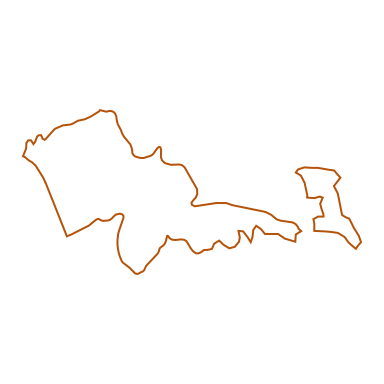 an SVG outline of Mafeteng
{"feature_id": "LSO-3453", "entity_name": "Mafeteng", "entity_type": "District", "adm_level": 1, "iso_a3": "LSO", "parent_name": "Lesotho", "parent_adm1": "", "projection": "natural_earth1", "projection_center": [27.626, -29.78], "detail": "fine", "context": "isolated", "style": "outline", "palette": "amber", "viewbox_px": 384, "rotation_deg": 0, "n_neighbors": 0, "source": "natural_earth", "source_scale": "10m", "svg_char_len": 2730}
<svg xmlns="http://www.w3.org/2000/svg" viewBox="0 0 384 384"><path d="M44.7,139.8L45.8,138.9L54.2,129.5L55.6,128.5L62.9,125.4L70.5,124.5L73.1,123.5L77.7,120.8L85.0,119.2L90.5,116.7L98.9,111.5L100.1,110.1L100.7,110.3L106.2,111.7L109.1,111.0L110.4,111.0L112.2,111.3L113.7,112.1L115.1,113.5L116.2,116.1L117.0,121.5L117.8,124.2L121.0,130.2L122.0,133.2L123.9,136.6L130.4,144.5L131.7,148.0L132.3,150.9L132.3,153.1L133.5,155.1L135.3,156.5L139.2,157.7L141.2,158.0L143.7,158.0L150.6,155.8L152.0,155.0L153.2,153.9L157.6,147.9L159.1,146.9L160.4,147.3L161.1,149.8L160.9,157.0L162.0,160.3L164.9,163.1L171.0,164.8L179.2,164.5L181.9,165.1L184.6,167.3L197.1,189.2L197.3,193.6L196.0,197.3L193.5,200.0L191.5,202.6L191.9,204.8L194.8,206.3L216.4,203.0L226.6,203.1L232.1,205.1L265.4,211.9L271.2,214.8L276.8,219.4L280.9,220.7L292.6,222.4L295.8,224.2L297.8,226.7L298.6,228.8L301.2,231.1L295.8,234.5L295.3,241.7L291.6,240.6L284.8,238.6L278.1,234.0L271.8,234.0L265.0,234.0L260.8,228.9L256.2,225.8L253.3,229.9L252.4,237.5L250.7,242.2L247.8,237.5L243.2,231.4L238.5,230.9L239.8,237.5L239.0,241.7L234.8,246.8L229.3,248.3L223.4,244.7L219.2,240.6L214.1,243.7L212.0,248.8L208.3,249.8L203.9,250.0L201.4,252.0L198.5,253.3L196.0,253.3L193.4,251.5L191.7,249.6L190.2,247.4L186.5,241.2L184.2,239.8L180.9,239.4L175.4,240.0L172.1,239.7L169.6,238.2L168.5,236.5L167.7,235.8L167.1,236.0L165.9,241.0L165.4,242.4L164.7,243.8L163.6,245.1L162.2,246.3L160.8,247.3L159.8,248.2L159.4,249.2L159.0,250.9L158.3,252.5L157.6,253.7L146.8,265.1L146.1,266.0L145.6,267.0L144.5,269.5L143.8,270.6L142.6,271.6L140.8,272.3L138.4,273.7L137.0,273.9L135.1,273.4L129.6,267.8L123.0,262.7L122.1,261.7L121.7,261.0L119.7,256.1L118.8,253.1L118.1,249.6L117.5,245.1L117.5,239.7L118.2,233.9L118.9,231.1L123.4,218.1L123.5,216.1L122.3,214.4L119.9,213.7L116.0,214.5L113.6,216.5L112.2,218.1L110.4,219.6L108.1,220.5L102.9,220.9L100.8,220.2L99.3,219.2L98.1,218.9L96.2,219.6L88.9,225.6L71.1,234.6L66.9,236.3L45.5,182.5L45.4,182.5L45.4,182.4L43.2,177.7L35.7,165.7L32.2,162.4L28.8,160.4L25.1,157.2L23.0,156.2L26.2,148.4L26.3,143.3L28.3,140.3L31.0,140.3L33.4,144.1L35.2,141.7L37.1,136.6L38.5,135.3L41.1,135.2L41.9,136.9L42.6,138.8L44.7,139.8ZM304.3,167.4L312.3,167.9L318.1,167.9L328.6,169.7L334.1,170.5L340.4,177.7L333.9,186.1L337.8,193.5L341.6,212.7L342.1,215.0L345.4,217.1L349.2,218.6L351.3,222.7L353.8,227.8L358.9,236.0L361.0,242.2L358.4,245.2L355.9,248.8L352.1,245.7L348.3,242.2L344.6,237.0L337.8,232.9L330.7,231.9L324.8,231.4L314.3,230.9L314.3,223.7L313.4,219.1L318.1,216.6L323.5,216.6L323.5,214.5L321.5,208.9L320.2,203.8L322.7,197.6L319.8,196.6L314.3,198.1L307.2,197.6L307.2,194.6L305.9,188.9L304.6,182.8L300.9,175.6L295.8,172.5L297.9,169.5L304.3,167.4Z" fill="none" stroke="#b45309" stroke-width="2"/></svg>